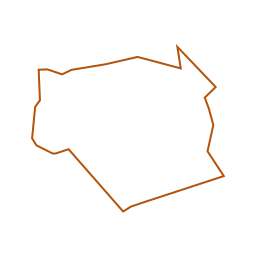 the district of Franklin, Kentucky, United States of America, rotated 75°
{"feature_id": "52423323B23030090649603", "entity_name": "Franklin", "entity_type": "district", "adm_level": 2, "iso_a3": "USA", "parent_name": "United States of America", "parent_adm1": "Kentucky", "projection": "mercator", "projection_center": [-84.902, 38.234], "detail": "fine", "context": "isolated", "style": "outline", "palette": "amber", "viewbox_px": 256, "rotation_deg": 75, "n_neighbors": 0, "source": "geoboundaries", "source_scale": "gbopen_adm2", "svg_char_len": 445}
<svg xmlns="http://www.w3.org/2000/svg" viewBox="0 0 256 256"><g transform="rotate(75 128 128)"><path d="M62.4,59.3L84.1,61.6L61.8,100.4L60.6,133.5L57.2,167.6L59.1,177.8L50.5,190.8L48.6,199.2L78.5,205.9L83.5,212.2L113.2,223.3L121.1,220.9L133.1,207.4L133.9,204.6L133.1,190.9L207.4,154.3L204.7,145.6L203.7,130.1L199.2,47.9L171.1,57.2L147.2,44.8L130.1,44.9L118.5,46.0L111.1,32.7L62.4,59.3Z" fill="none" stroke="#b45309" stroke-width="2"/></g></svg>